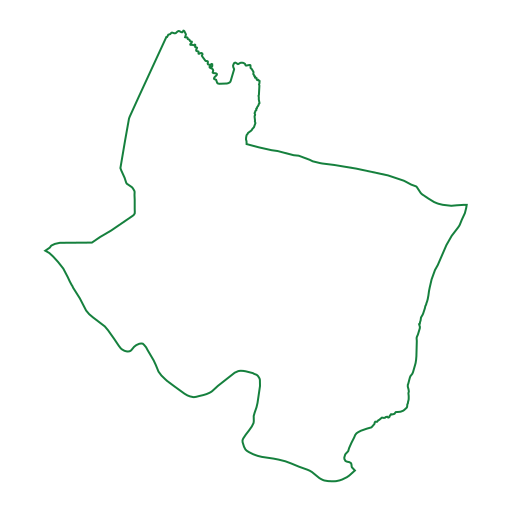 the district of Yang Chum Noi, Si Sa Ket, Thailand
{"feature_id": "78962969B51834817118015", "entity_name": "Yang Chum Noi", "entity_type": "district", "adm_level": 2, "iso_a3": "THA", "parent_name": "Thailand", "parent_adm1": "Si Sa Ket", "projection": "albers", "projection_center": [104.393, 15.245], "detail": "fine", "context": "isolated", "style": "outline", "palette": "green", "viewbox_px": 512, "rotation_deg": 0, "n_neighbors": 0, "source": "geoboundaries", "source_scale": "gbopen_adm2", "svg_char_len": 5912}
<svg xmlns="http://www.w3.org/2000/svg" viewBox="0 0 512 512"><path d="M466.7,204.9L463.1,204.9L456.7,205.3L451.3,205.8L442.7,204.8L438.6,203.8L437.1,203.3L434.0,202.0L428.5,198.6L422.2,194.4L421.2,193.5L420.6,192.8L417.5,188.1L416.7,186.9L416.1,186.4L411.2,184.6L405.6,181.6L403.8,180.7L388.0,175.4L356.2,168.6L333.7,164.9L322.3,163.5L320.1,163.1L312.7,161.3L309.7,159.8L298.7,155.7L293.6,155.2L277.4,151.0L271.6,150.2L259.1,147.4L246.6,144.1L246.5,141.3L246.0,139.4L246.1,137.6L246.5,135.5L246.8,134.8L247.6,133.9L248.1,132.9L251.1,130.7L252.0,129.7L252.3,129.0L253.9,127.3L254.1,126.8L255.4,123.1L254.9,121.4L255.0,120.3L254.6,117.0L254.6,116.0L255.0,115.3L255.1,114.5L254.6,113.3L254.8,112.9L254.8,112.4L255.2,111.9L255.3,111.1L256.4,109.9L256.2,109.1L256.3,108.6L256.7,108.4L257.0,108.1L257.1,107.3L257.6,106.5L258.1,106.0L258.2,105.6L258.5,105.2L258.8,104.0L259.2,103.6L259.5,103.1L258.8,99.5L258.8,96.9L258.5,95.9L258.9,95.0L259.4,85.6L259.0,84.4L259.4,83.4L259.6,81.0L259.3,80.7L258.5,80.5L258.3,79.9L258.0,79.7L257.7,79.8L257.2,80.0L257.0,79.9L256.6,79.2L256.5,78.1L255.0,77.6L254.9,77.1L255.1,76.5L254.3,76.1L254.1,75.2L253.4,74.3L253.3,73.9L253.5,72.5L253.4,71.8L251.9,69.3L251.6,68.9L250.7,68.2L250.5,67.3L250.5,65.7L250.4,65.3L250.0,65.0L249.3,65.0L246.1,65.6L245.7,65.4L245.5,65.1L244.9,63.8L243.7,63.1L242.9,62.8L241.5,62.7L240.6,62.8L239.7,63.2L238.4,64.0L237.9,64.1L235.6,62.7L235.0,62.7L234.4,62.9L233.9,63.5L233.1,65.4L233.1,66.0L233.3,67.2L234.1,69.0L234.1,69.4L230.7,80.9L230.3,81.8L229.6,82.5L228.1,83.2L226.9,83.5L219.2,83.8L217.7,83.4L217.1,82.7L216.1,79.8L214.3,79.1L214.1,78.8L214.0,78.3L214.6,77.1L215.8,76.0L216.8,74.9L216.9,74.5L216.8,73.9L215.9,73.3L213.5,73.1L212.9,72.8L212.7,72.6L212.7,72.3L213.2,70.6L212.9,69.6L212.5,69.0L211.9,68.6L210.4,68.0L209.7,67.5L209.6,67.3L209.6,66.8L210.0,66.6L211.7,66.7L212.1,66.5L212.3,65.6L212.2,64.2L211.5,64.0L210.4,64.8L209.9,64.9L208.3,64.5L208.0,64.3L207.8,63.9L207.7,63.7L207.9,62.0L207.8,61.5L207.5,61.2L205.6,60.9L205.3,60.6L202.5,56.8L201.9,55.8L201.9,55.5L202.5,54.4L202.3,53.5L201.6,53.1L201.2,53.0L200.7,53.1L199.0,53.8L198.6,53.7L198.5,53.3L198.6,52.0L198.4,51.5L196.9,51.1L196.4,50.9L196.2,50.6L196.2,49.8L196.9,48.2L197.0,47.7L196.6,47.4L195.6,47.3L195.2,47.0L195.1,46.4L195.3,45.0L195.2,44.8L194.7,44.6L193.8,45.2L193.6,45.2L192.4,44.9L190.7,44.9L190.4,44.8L190.3,44.6L190.3,44.2L191.7,42.6L191.8,42.1L191.8,41.7L190.4,41.3L190.1,41.1L189.4,39.7L187.9,39.1L187.7,38.9L187.5,37.7L187.3,37.5L186.8,37.4L185.8,37.4L185.1,37.2L185.9,34.6L185.9,34.3L184.3,31.1L183.7,30.7L183.4,30.7L182.5,32.0L182.1,32.3L181.1,32.1L179.7,31.3L178.8,31.0L178.3,31.1L177.3,31.7L175.9,33.0L175.5,33.2L174.4,33.3L172.1,32.6L171.6,32.7L171.1,33.1L170.2,34.1L168.3,34.7L167.1,37.0L166.7,37.2L166.3,37.1L138.9,96.5L129.7,116.7L129.0,118.6L125.1,140.4L120.4,168.1L121.2,170.3L124.6,177.8L126.2,182.7L126.8,183.7L131.8,187.1L132.7,188.1L133.7,189.7L134.5,191.2L134.6,192.2L134.5,195.0L134.7,199.9L134.7,208.8L134.8,211.8L134.7,213.5L133.7,215.0L132.7,215.8L111.2,230.5L100.1,237.0L91.9,242.6L59.9,242.8L54.9,243.9L51.7,245.4L51.1,245.8L49.8,247.6L45.3,250.7L49.3,253.0L53.1,256.5L58.1,262.0L63.3,268.6L67.8,277.2L69.8,281.5L71.6,284.9L72.4,286.1L73.1,287.7L79.8,298.3L86.1,310.5L89.2,314.2L93.0,317.4L104.8,326.4L108.0,330.2L114.1,338.8L118.8,345.8L120.8,348.4L122.0,349.4L124.1,350.6L125.1,351.0L127.2,351.5L129.0,351.4L130.2,351.0L131.2,350.3L134.1,346.8L136.3,345.1L139.2,343.8L140.3,343.6L141.7,343.5L142.8,343.7L144.1,344.9L146.1,347.3L147.6,350.1L153.6,360.3L155.8,365.0L158.5,371.6L161.4,375.5L165.3,379.3L167.3,381.1L175.4,387.1L184.5,393.7L187.4,395.4L190.0,396.4L193.2,397.1L194.3,397.1L196.3,396.8L199.3,396.0L203.2,395.1L206.5,394.1L209.5,392.8L211.1,391.9L212.1,391.2L218.0,385.8L234.7,372.7L238.3,371.1L240.2,370.8L241.1,370.8L243.2,370.9L245.7,371.3L252.8,373.1L254.2,373.9L256.6,374.8L257.8,375.8L259.1,377.7L259.7,379.0L259.9,380.1L260.0,386.0L258.0,399.7L257.5,403.0L256.5,407.3L254.6,412.8L253.7,416.0L253.8,420.9L253.7,422.0L253.5,423.1L251.8,426.5L248.9,430.6L245.8,434.6L243.4,438.2L242.8,439.4L242.5,440.5L242.6,442.2L244.0,446.7L245.4,449.4L246.7,450.7L248.9,452.1L253.1,454.2L255.5,455.1L257.8,455.9L261.9,456.9L273.5,458.6L278.6,459.6L285.4,461.3L291.3,463.5L299.0,466.7L307.4,469.7L309.7,470.7L311.9,472.0L319.4,478.1L321.3,479.2L323.2,480.1L324.4,480.5L328.1,481.1L332.4,481.3L335.9,481.2L339.6,480.4L342.2,479.5L346.9,477.2L349.2,475.6L354.9,470.5L351.9,467.3L351.7,466.7L351.4,464.2L351.0,463.2L350.5,462.8L349.2,462.1L347.1,461.7L345.5,461.0L344.4,459.0L344.3,457.5L345.2,454.5L345.7,453.8L347.6,451.8L348.2,451.1L349.1,448.1L351.4,442.9L354.2,437.4L355.2,435.0L356.5,433.3L358.3,432.1L361.0,430.7L367.0,428.6L371.3,427.4L371.6,427.2L374.4,424.0L374.5,423.7L374.7,422.5L375.3,421.7L377.0,421.8L378.3,420.3L379.3,419.8L381.8,417.7L382.0,417.6L383.4,417.9L384.8,417.8L385.2,417.6L385.6,417.1L386.3,417.0L387.1,416.7L387.4,416.8L388.1,417.5L388.6,417.5L389.0,417.3L389.6,416.6L389.7,415.9L389.9,415.5L390.7,415.0L390.9,414.3L391.1,414.2L392.6,414.4L394.5,413.8L395.3,412.6L395.8,412.1L398.9,411.9L400.6,411.7L403.2,410.7L404.3,409.9L405.8,408.5L406.5,407.9L407.0,407.1L407.2,406.1L407.3,404.4L407.8,403.5L407.9,403.1L408.0,402.1L408.6,399.8L408.7,398.4L408.7,396.0L408.4,393.1L408.8,391.8L408.8,391.2L408.5,389.2L407.8,386.7L407.8,384.9L408.3,383.6L409.3,379.7L409.9,377.5L410.4,376.2L412.3,373.8L413.0,372.2L415.1,364.9L415.6,363.0L416.1,359.8L416.4,356.2L416.8,341.1L416.6,338.0L416.9,336.8L417.9,334.6L419.8,328.3L419.9,326.9L419.1,324.2L419.7,324.0L419.8,323.8L420.0,322.3L420.6,320.4L421.0,317.5L422.7,314.6L423.2,313.4L424.9,308.2L425.3,306.2L426.1,304.6L426.4,303.3L427.1,301.4L427.7,299.2L428.4,295.5L429.0,291.1L429.7,287.6L431.6,279.4L435.0,270.0L437.8,265.0L446.4,245.1L451.7,235.8L458.0,227.6L459.3,225.7L459.9,224.5L461.7,220.0L464.9,213.1L466.2,207.9L466.7,204.9Z" fill="none" stroke="#15803d" stroke-width="2"/></svg>